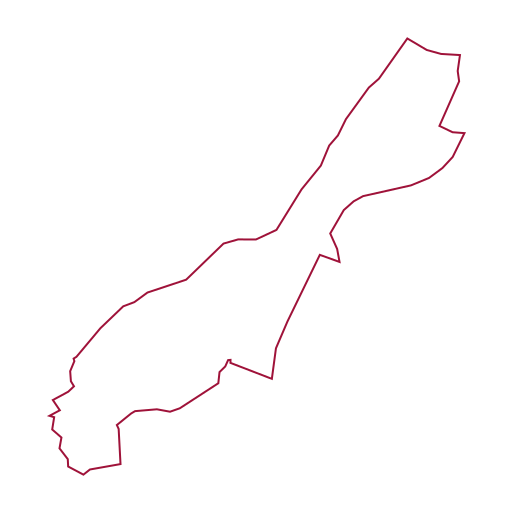 Stillorgan Lea-6, Dún Laoghaire–Rathdown, Ireland, rotated 267°
{"feature_id": "5873133B81162286200234", "entity_name": "Stillorgan Lea-6", "entity_type": "district", "adm_level": 2, "iso_a3": "IRL", "parent_name": "Ireland", "parent_adm1": "Dún Laoghaire–Rathdown", "projection": "albers", "projection_center": [-6.206, 53.285], "detail": "fine", "context": "isolated", "style": "outline", "palette": "rose", "viewbox_px": 512, "rotation_deg": 267, "n_neighbors": 0, "source": "geoboundaries", "source_scale": "gbopen_adm2", "svg_char_len": 1001}
<svg xmlns="http://www.w3.org/2000/svg" viewBox="0 0 512 512"><g transform="rotate(267 256 256)"><path d="M189.0,284.0L253.8,319.8L245.7,339.1L258.8,337.4L274.6,331.3L297.3,346.1L305.5,356.4L310.2,366.1L318.4,414.4L324.9,432.9L334.1,446.8L344.6,457.6L367.8,470.6L369.3,458.8L376.3,446.0L419.8,468.0L430.2,467.1L446.0,470.2L448.1,451.4L452.8,437.3L465.3,418.5L426.6,388.0L418.3,377.5L388.0,353.0L372.1,344.1L362.5,334.9L342.9,325.5L320.2,305.0L281.0,277.8L272.5,256.8L273.5,239.0L270.1,224.2L236.0,185.0L225.2,145.7L216.3,132.1L212.7,120.8L192.0,96.8L164.7,71.4L163.1,68.5L160.5,69.1L150.7,64.4L140.6,64.6L135.4,67.4L130.3,61.4L122.8,45.6L112.2,52.0L107.2,41.4L105.6,46.0L93.4,43.4L84.9,52.2L74.2,49.7L63.0,57.4L55.6,57.4L46.7,72.2L51.5,79.0L55.3,109.8L90.5,109.8L94.5,108.2L105.3,123.1L107.4,127.1L108.1,149.0L105.0,162.0L107.9,171.9L130.9,211.7L142.0,213.5L147.3,219.5L153.5,222.7L153.6,225.1L150.6,224.9L132.5,265.4L162.8,271.1L189.0,284.0Z" fill="none" stroke="#9f1239" stroke-width="2"/></g></svg>